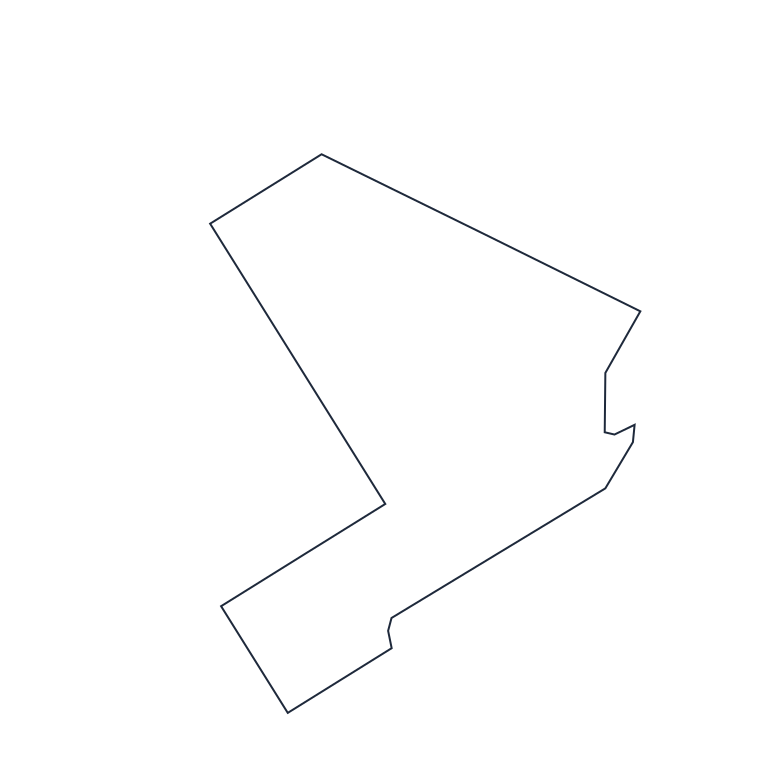 SVG path tracing the border of Pituffik, rotated 148°
{"feature_id": "GRL-2738", "entity_name": "Pituffik", "entity_type": "state/province", "adm_level": 1, "iso_a3": "GRL", "parent_name": "Greenland", "parent_adm1": "", "projection": "mercator", "projection_center": [-68.373, 76.451], "detail": "fine", "context": "isolated", "style": "outline", "palette": "slate", "viewbox_px": 768, "rotation_deg": 148, "n_neighbors": 0, "source": "natural_earth", "source_scale": "10m", "svg_char_len": 442}
<svg xmlns="http://www.w3.org/2000/svg" viewBox="0 0 768 768"><g transform="rotate(148 384 384)"><path d="M128.1,309.8L190.4,276.1L222.4,226.1L215.3,219.0L193.1,216.6L203.7,202.8L251.6,178.2L376.6,179.9L501.6,181.6L511.3,172.5L517.5,155.9L578.1,156.0L639.9,156.1L639.9,219.1L639.9,281.9L543.2,281.8L446.5,281.6L446.5,447.5L446.5,612.1L380.9,612.0L315.2,611.9L221.3,460.8L128.1,309.8Z" fill="none" stroke="#1e293b" stroke-width="2"/></g></svg>